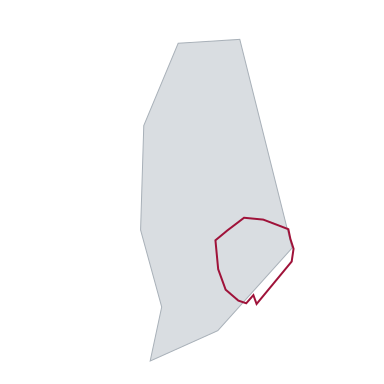 where Saint David sits in Grenada, rotated 340°
{"feature_id": "GRD-5071", "entity_name": "Saint David", "entity_type": "Parish", "adm_level": 1, "iso_a3": "GRD", "parent_name": "Grenada", "parent_adm1": "", "projection": "robinson", "projection_center": [-61.661, 12.056], "detail": "fine", "context": "in_parent", "style": "outline", "palette": "rose", "viewbox_px": 384, "rotation_deg": 340, "n_neighbors": 0, "source": "natural_earth", "source_scale": "10m", "svg_char_len": 513}
<svg xmlns="http://www.w3.org/2000/svg" viewBox="0 0 384 384"><g transform="rotate(340 192 192)"><path d="M168.8,331.1L94.9,336.5L124.2,289.7L130.7,210.1L169.4,113.1L229.9,47.5L289.1,64.9L266.8,278.9L168.8,331.1Z" fill="#d9dde1" stroke="#a8b0b8" stroke-width="1"/><path d="M269.8,259.9L268.4,269.7L268.0,280.1L261.9,291.4L214.4,319.3L214.4,309.9L204.9,315.1L198.4,309.9L190.2,295.3L190.2,273.5L197.5,245.4L212.1,240.2L232.1,234.0L249.5,242.3L269.8,259.9Z" fill="none" stroke="#9f1239" stroke-width="2"/></g></svg>